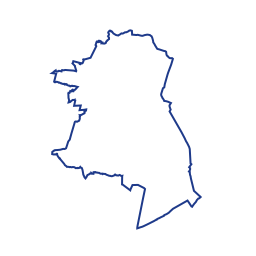 the district of San Martín Texmelucan, Puebla, Mexico, rotated 13°
{"feature_id": "50627088B54232272598666", "entity_name": "San Martín Texmelucan", "entity_type": "district", "adm_level": 2, "iso_a3": "MEX", "parent_name": "Mexico", "parent_adm1": "Puebla", "projection": "robinson", "projection_center": [-98.448, 19.266], "detail": "fine", "context": "isolated", "style": "outline", "palette": "blue", "viewbox_px": 256, "rotation_deg": 13, "n_neighbors": 0, "source": "geoboundaries", "source_scale": "gbopen_adm2", "svg_char_len": 5473}
<svg xmlns="http://www.w3.org/2000/svg" viewBox="0 0 256 256"><g transform="rotate(13 128 128)"><path d="M208.4,189.7L209.4,187.3L210.8,184.7L211.3,182.8L212.4,180.9L213.2,180.5L214.3,178.9L206.4,174.4L200.6,162.9L199.8,160.9L199.0,159.7L198.4,158.1L198.1,156.9L197.2,156.7L197.9,154.7L197.6,153.6L197.6,153.2L196.4,152.5L197.9,149.0L196.9,148.4L196.1,145.6L192.9,134.6L191.8,132.7L189.9,130.4L189.0,129.3L187.5,127.8L185.6,125.3L181.2,120.2L164.8,102.5L165.4,100.5L164.0,98.3L163.5,97.3L163.4,96.9L163.4,96.4L164.2,94.0L161.1,93.4L158.8,93.3L157.2,93.5L156.7,92.7L155.3,91.3L154.8,91.0L154.4,90.3L153.7,89.6L153.0,88.6L152.8,88.1L152.7,87.0L153.1,81.5L153.3,81.1L154.2,80.3L154.0,77.0L154.5,67.0L154.7,64.8L155.8,56.5L156.2,50.5L155.2,50.0L154.3,50.3L153.1,50.5L152.0,50.1L151.4,49.8L150.8,49.2L149.6,48.7L148.9,47.6L148.0,45.2L147.2,44.8L145.4,44.8L141.1,44.4L138.7,44.3L135.8,41.4L135.2,40.6L133.3,38.8L133.0,37.8L132.3,36.4L131.3,34.6L130.3,33.3L129.6,33.1L128.4,32.5L126.4,32.6L125.5,32.8L123.4,33.7L121.5,34.9L120.2,35.1L116.5,35.0L115.4,35.5L111.0,36.1L110.4,33.9L109.9,32.4L108.4,32.3L107.3,32.8L106.4,33.9L105.1,34.9L104.6,35.2L103.6,35.4L102.0,36.9L101.5,37.2L100.3,37.3L98.8,39.0L98.0,39.6L97.8,40.0L96.7,40.1L95.3,40.1L92.9,39.3L92.4,39.1L91.0,37.9L90.6,37.9L90.6,37.6L89.4,37.2L89.2,37.5L88.4,37.2L88.2,37.3L87.9,37.7L87.5,38.8L87.2,39.2L87.3,39.6L87.5,39.9L88.2,40.6L88.4,41.1L88.3,42.3L87.9,43.0L88.6,43.7L88.8,44.0L89.2,44.3L89.5,45.6L89.2,45.9L88.6,46.8L88.3,47.0L88.1,47.3L88.1,47.7L87.5,48.4L87.3,49.0L87.3,49.9L87.2,50.2L86.9,50.5L86.5,50.6L86.3,50.9L86.0,51.1L84.5,51.3L84.0,50.5L83.7,50.7L83.2,51.4L83.0,51.5L82.9,51.2L82.7,50.4L82.6,50.1L82.2,49.7L81.7,49.5L81.3,49.7L80.9,50.5L80.7,50.6L80.5,50.4L80.3,49.5L79.8,49.6L79.6,50.0L79.6,50.7L79.4,51.1L79.2,51.1L78.9,50.6L78.6,50.6L78.2,50.7L77.9,51.6L77.9,53.2L77.7,54.4L77.9,54.5L78.6,55.2L78.7,55.4L75.7,68.0L70.4,70.9L70.1,70.9L69.5,71.1L69.1,71.1L68.9,71.3L69.0,71.5L69.6,71.9L69.5,73.5L69.3,74.0L69.3,74.6L69.1,75.0L68.7,75.4L67.8,75.3L67.7,75.4L67.4,75.4L67.6,76.0L67.2,76.6L66.9,76.6L66.6,76.5L66.2,76.2L66.0,75.4L59.7,75.2L59.6,77.2L59.4,77.5L62.4,79.5L62.4,79.9L64.7,83.8L64.7,84.4L62.2,84.3L53.6,85.6L53.4,85.7L52.6,86.2L50.7,86.4L50.5,86.7L50.5,87.8L47.8,87.8L47.0,88.6L45.6,88.8L44.5,88.8L44.4,88.3L43.7,89.0L42.4,90.9L41.7,91.6L44.0,91.4L45.8,91.1L45.6,99.5L46.2,99.9L46.6,99.8L46.8,99.4L47.3,99.5L47.5,99.2L48.4,99.0L49.4,99.0L50.3,99.4L50.9,99.1L51.3,99.2L52.0,99.5L52.8,99.4L53.0,99.6L53.8,99.6L54.1,99.7L55.1,99.7L55.7,99.3L56.1,99.3L56.6,99.9L56.9,99.8L56.8,99.5L57.0,99.3L58.1,99.1L58.3,99.1L58.5,99.2L58.6,99.7L60.7,100.1L61.3,99.9L61.5,100.0L62.0,100.2L62.3,100.4L62.7,100.3L62.9,99.9L63.3,99.7L63.8,99.5L64.2,99.4L64.4,99.6L65.4,99.4L65.9,99.2L66.5,99.2L68.0,99.2L68.4,99.5L68.6,99.5L68.8,99.5L68.9,99.4L69.2,99.3L69.7,99.3L67.9,102.5L67.6,102.8L67.1,102.9L66.8,103.3L66.7,103.5L66.6,104.5L66.4,104.6L66.1,104.6L65.8,104.2L65.3,103.3L64.8,103.8L64.7,104.0L64.9,104.2L65.1,104.5L65.0,104.8L64.7,105.1L63.4,105.0L63.3,106.1L63.1,106.4L63.1,107.0L62.9,107.1L62.1,107.1L62.0,107.6L62.5,109.2L63.3,112.2L63.9,113.2L64.6,115.1L64.3,116.1L64.3,116.5L64.5,116.4L64.6,116.2L66.0,115.5L66.2,114.9L67.2,113.8L67.8,113.1L69.2,112.8L69.5,112.6L69.5,112.8L70.4,113.0L70.5,118.5L76.9,116.7L76.8,121.5L81.0,120.2L83.1,119.3L83.2,120.5L81.8,121.7L81.9,122.2L82.3,122.7L82.4,123.0L82.2,123.5L80.6,124.8L79.7,125.7L78.9,126.0L78.3,126.4L78.1,126.4L78.7,127.6L78.4,127.9L79.0,129.9L78.8,130.8L78.8,131.8L77.5,132.9L76.9,133.4L75.9,133.3L75.4,133.5L74.4,134.2L74.7,134.1L74.8,135.1L74.1,146.1L73.9,151.2L73.9,151.8L73.8,152.6L73.3,153.5L72.8,154.7L72.5,158.5L72.2,161.7L71.3,162.5L70.7,162.8L69.6,162.9L66.9,164.4L64.0,165.4L62.8,165.7L62.0,166.0L61.6,166.4L61.4,166.3L60.6,167.0L60.0,168.0L59.6,168.4L60.0,170.5L61.8,170.5L62.3,170.2L63.1,170.2L64.4,169.1L64.7,169.1L64.9,169.4L64.9,170.1L66.5,171.8L67.5,172.5L68.0,172.6L68.4,172.9L68.2,173.2L69.5,174.0L74.0,177.4L74.9,178.4L76.6,179.1L77.2,179.6L78.3,179.3L79.5,179.2L79.8,179.3L80.8,178.9L81.4,179.0L82.1,178.9L82.8,178.5L84.0,178.3L84.8,178.3L86.0,178.9L86.7,178.7L87.3,178.4L87.7,178.5L88.2,178.1L88.8,178.2L89.2,178.0L89.7,177.7L90.2,176.7L90.8,177.3L91.2,177.3L91.4,177.2L91.7,177.2L92.1,177.5L93.1,179.1L94.7,182.8L94.9,183.4L95.4,184.0L95.7,184.5L96.2,184.9L96.6,185.7L97.9,186.7L98.5,185.4L99.1,182.9L100.2,182.2L101.1,181.0L102.2,180.8L102.2,180.0L102.6,180.2L102.7,180.7L104.6,180.4L104.4,178.8L104.7,178.7L105.6,178.4L105.7,178.6L106.1,178.3L106.3,178.3L106.5,178.6L108.5,178.3L108.9,178.4L110.0,178.2L111.3,178.7L112.2,178.6L112.9,178.3L113.6,178.6L113.8,178.2L114.0,178.2L114.4,178.2L114.7,178.1L115.3,178.1L116.1,177.9L116.4,177.9L116.9,178.2L118.2,178.5L118.7,178.5L119.3,178.6L120.5,178.8L121.3,178.6L121.5,178.7L122.7,178.7L123.4,178.5L125.1,177.4L125.3,177.2L125.7,176.4L125.9,176.2L126.1,176.2L127.2,176.8L127.8,176.6L128.9,176.6L129.3,176.5L130.1,175.8L130.5,175.6L132.1,176.2L132.8,176.1L133.2,175.9L133.2,176.5L134.9,184.3L135.4,184.3L144.2,188.2L144.2,187.5L145.2,182.6L150.5,181.2L157.2,182.9L158.3,183.6L158.5,193.7L159.3,220.8L159.4,222.7L159.6,223.7L160.8,223.0L162.5,221.9L164.1,221.0L165.2,220.2L168.6,217.5L174.5,212.6L175.3,211.8L176.5,210.9L176.4,210.7L177.8,209.4L178.7,208.8L180.3,207.4L182.0,206.1L182.8,205.4L182.7,205.1L183.2,204.5L184.9,203.3L186.8,201.4L187.8,199.8L190.0,196.6L202.3,185.3L204.5,187.3L207.4,190.1L208.2,190.3L208.4,189.7L208.4,189.7Z" fill="none" stroke="#1e3a8a" stroke-width="2"/></g></svg>